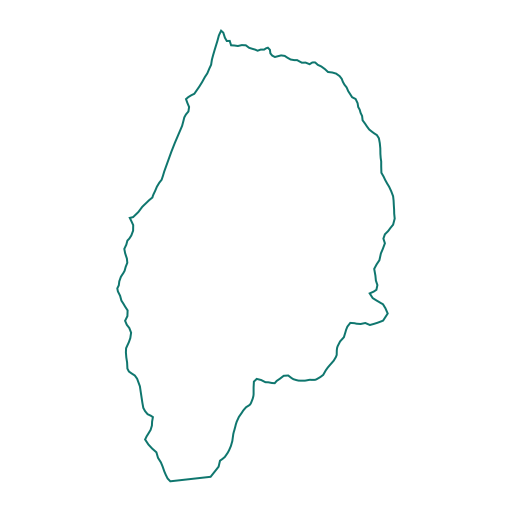 Kasipul, Nyanza, Kenya (Equal Earth projection)
{"feature_id": "3690345B61391920402880", "entity_name": "Kasipul", "entity_type": "district", "adm_level": 2, "iso_a3": "KEN", "parent_name": "Kenya", "parent_adm1": "Nyanza", "projection": "equal_earth", "projection_center": [34.715, -0.502], "detail": "fine", "context": "isolated", "style": "outline", "palette": "teal", "viewbox_px": 512, "rotation_deg": 0, "n_neighbors": 0, "source": "geoboundaries", "source_scale": "gbopen_adm2", "svg_char_len": 3714}
<svg xmlns="http://www.w3.org/2000/svg" viewBox="0 0 512 512"><path d="M218.6,466.7L220.0,460.7L222.4,459.0L224.8,457.0L227.7,452.8L229.1,450.2L230.9,446.0L232.3,441.1L233.3,434.0L233.8,431.9L234.3,430.3L235.4,426.2L235.8,424.5L236.7,421.7L238.9,416.9L241.9,412.6L242.9,411.0L243.8,409.8L246.1,407.2L249.0,405.4L250.1,404.5L251.0,403.0L252.7,398.7L253.4,396.0L253.6,394.2L253.6,387.4L253.9,381.6L255.6,380.0L256.7,378.9L261.1,380.0L265.4,382.2L268.4,382.3L271.9,383.0L274.7,383.2L276.7,380.9L279.8,378.8L283.7,375.8L288.2,375.5L291.6,378.1L293.4,379.2L296.4,380.1L298.5,380.6L302.1,380.7L303.9,380.7L305.4,380.6L309.6,379.8L313.7,379.9L315.1,379.8L316.3,379.4L318.9,377.9L320.4,377.0L323.2,374.9L325.8,370.3L327.8,367.5L330.1,364.8L333.7,360.7L335.9,357.0L336.7,354.9L336.8,350.2L337.1,347.9L337.6,346.3L340.1,341.4L343.9,337.2L345.4,332.3L346.1,329.8L347.4,326.6L350.3,322.9L354.5,323.2L356.5,323.7L360.6,324.0L365.3,323.0L369.9,325.0L373.9,323.9L376.1,323.2L377.4,322.8L381.4,321.3L383.1,320.6L387.7,313.5L387.4,312.8L386.3,310.3L385.4,308.2L384.7,307.1L383.7,305.4L382.9,304.2L382.4,303.9L380.9,303.1L380.1,302.6L379.6,302.3L378.6,301.7L376.7,300.6L372.7,298.1L369.7,293.4L373.7,291.6L376.4,289.8L377.4,285.1L375.9,280.6L375.4,275.6L374.2,268.9L376.6,264.4L379.4,260.2L380.9,253.4L382.9,248.7L384.9,243.3L383.4,238.6L384.9,234.3L388.2,231.0L390.7,227.6L393.1,224.7L394.7,218.6L394.2,213.7L394.1,209.6L393.8,204.8L393.6,200.7L393.1,196.2L391.2,191.2L389.1,186.7L387.2,183.6L385.2,180.0L383.6,176.6L381.4,172.8L381.2,166.4L381.2,161.5L380.7,158.0L380.4,154.0L380.3,148.4L379.8,143.2L378.9,138.3L376.9,135.1L374.1,133.3L371.8,131.6L369.2,129.5L366.9,126.4L365.1,123.7L362.6,120.3L362.1,116.0L360.6,112.9L359.7,109.7L358.2,107.0L357.6,103.2L355.6,99.0L352.1,97.2L350.2,94.2L348.2,91.1L346.6,87.4L344.4,84.6L342.9,81.9L341.7,78.8L339.6,76.1L336.1,73.6L332.3,72.5L328.0,72.0L324.9,69.1L321.2,66.4L320.2,66.0L319.8,65.7L319.4,65.6L318.8,65.3L317.7,64.8L317.0,64.1L316.1,63.3L315.2,62.5L314.4,62.4L313.7,62.4L312.3,62.5L309.6,64.2L305.6,62.6L301.9,62.7L299.6,61.5L297.1,60.1L294.1,60.1L290.6,59.5L287.4,57.7L284.7,55.9L281.1,55.4L277.6,56.3L274.9,57.0L272.2,55.6L270.4,53.4L269.9,49.8L267.9,47.7L266.1,48.3L264.1,49.6L260.7,49.6L257.6,50.7L255.1,49.6L252.6,48.9L249.1,47.8L245.8,45.3L241.8,45.1L237.9,46.0L234.4,45.5L231.1,45.3L229.7,40.9L226.8,41.0L224.9,37.7L223.3,32.7L221.1,30.7L218.9,35.4L217.3,41.3L214.8,49.4L213.1,55.2L211.9,59.7L211.1,64.8L209.4,68.4L207.3,73.4L204.9,77.0L202.1,82.1L199.3,86.6L194.3,93.8L191.4,95.2L188.3,97.1L186.0,99.1L187.4,103.0L189.1,107.0L188.4,111.5L185.9,114.5L184.3,117.4L183.4,121.0L182.1,125.9L174.8,143.0L171.3,151.9L164.2,171.6L162.9,176.0L161.6,179.8L159.3,182.7L156.9,186.7L155.1,191.0L153.6,194.1L152.9,195.8L152.4,197.5L149.1,200.2L145.7,203.5L143.9,205.2L142.2,206.9L138.3,212.1L133.1,217.1L129.8,217.9L131.3,221.0L133.2,225.1L133.1,230.7L131.3,235.5L129.3,238.6L127.4,240.6L126.3,244.7L124.3,248.9L125.1,253.1L126.0,255.9L126.9,258.6L127.3,262.8L125.7,266.8L124.6,270.8L123.2,273.3L122.3,274.6L120.9,276.8L119.3,281.3L118.8,285.3L117.3,288.4L117.9,291.4L120.1,295.8L121.4,300.6L123.4,303.7L125.1,306.6L127.6,310.4L127.4,316.1L125.1,320.8L126.8,324.8L129.3,328.0L131.1,332.7L130.3,338.1L128.9,342.1L126.1,348.2L125.9,352.4L126.3,357.4L127.1,362.5L127.4,368.6L128.9,371.5L131.4,373.3L134.8,375.5L137.1,378.7L139.9,386.3L141.1,394.4L142.4,402.9L143.3,407.9L145.1,411.2L147.6,414.2L150.8,415.7L152.9,417.1L152.1,421.6L151.9,425.6L150.6,429.9L148.3,433.7L146.6,436.4L145.1,439.5L148.4,444.5L152.1,448.5L156.4,452.3L158.0,457.8L160.9,462.4L162.6,466.5L164.3,471.4L165.8,474.9L167.6,478.5L170.3,481.3L210.6,476.8L218.6,466.7Z" fill="none" stroke="#0f766e" stroke-width="2"/></svg>